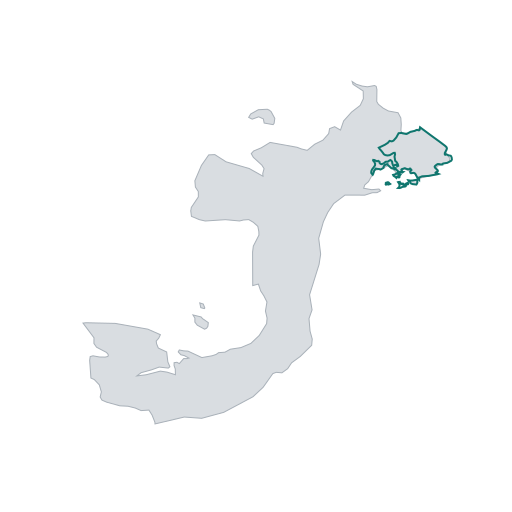 where Bocas del Toro sits in Panama, rotated 127°
{"feature_id": "PAN-1958", "entity_name": "Bocas del Toro", "entity_type": "Province", "adm_level": 1, "iso_a3": "PAN", "parent_name": "Panama", "parent_adm1": "", "projection": "natural_earth1", "projection_center": [-82.341, 9.206], "detail": "fine", "context": "in_parent", "style": "outline", "palette": "teal", "viewbox_px": 512, "rotation_deg": 127, "n_neighbors": 0, "source": "natural_earth", "source_scale": "10m", "svg_char_len": 6360}
<svg xmlns="http://www.w3.org/2000/svg" viewBox="0 0 512 512"><g transform="rotate(127 256 256)"><path d="M450.9,235.6L449.6,236.7L445.6,243.2L443.5,248.8L448.6,254.7L450.1,261.0L453.0,267.8L457.6,274.6L462.6,287.3L463.8,292.3L462.4,295.6L457.6,297.7L453.2,303.6L452.0,310.8L452.8,314.4L439.5,326.0L436.1,327.9L433.8,326.1L430.9,320.3L427.5,315.6L425.6,314.0L424.6,313.9L423.5,315.0L423.0,317.5L424.8,328.4L423.4,332.8L418.8,336.2L413.7,353.8L411.6,351.6L394.5,327.8L379.5,298.3L376.4,285.0L380.3,284.2L384.0,284.5L386.0,282.5L388.3,278.6L386.4,269.6L393.6,262.7L396.3,258.1L398.3,258.6L403.0,266.5L409.9,271.0L418.3,277.5L423.5,279.0L416.9,272.2L405.5,263.1L402.3,257.2L399.3,248.9L394.8,252.5L392.8,255.5L390.5,257.2L388.5,255.2L388.1,252.5L381.4,252.0L379.7,249.6L377.9,248.2L378.7,253.4L380.1,256.5L379.4,260.4L377.2,260.7L375.3,256.7L372.9,253.1L369.7,238.1L362.1,231.0L358.6,228.6L355.7,227.7L351.5,222.9L345.9,220.4L338.2,212.9L328.9,207.5L317.5,205.6L303.6,206.8L298.9,209.8L295.8,213.5L294.3,215.3L286.1,219.6L283.0,225.9L281.1,231.2L277.0,237.2L281.6,240.8L254.9,261.1L249.7,264.1L237.6,266.2L234.9,268.3L231.2,272.4L230.7,278.5L231.3,283.7L234.8,287.7L237.9,290.2L245.4,302.3L258.6,317.6L261.1,323.2L263.2,331.4L259.2,335.3L256.1,336.9L243.5,337.6L239.2,340.9L237.4,345.9L232.7,350.1L216.5,354.1L203.7,354.6L199.8,349.9L198.8,336.6L190.2,314.0L188.1,298.4L186.0,300.3L181.4,302.1L179.9,306.0L178.8,317.5L177.1,321.4L173.6,321.1L166.4,316.9L156.8,313.1L144.5,288.7L143.2,284.2L140.8,278.7L131.4,276.4L123.3,272.3L114.5,271.6L110.0,273.9L105.4,271.0L104.6,264.3L95.4,267.3L83.6,266.3L73.0,263.4L65.8,264.9L59.7,269.7L60.5,281.8L58.8,284.2L58.5,279.3L56.4,273.5L53.8,268.8L48.5,263.9L48.2,262.1L50.3,259.6L60.0,252.5L61.2,249.6L61.4,243.4L60.5,237.5L56.1,228.8L58.6,223.4L63.6,219.1L68.7,215.7L69.6,214.2L68.6,211.3L65.6,208.1L58.6,202.7L54.4,202.3L54.3,186.7L54.5,170.1L55.5,168.5L58.1,167.5L60.2,165.0L61.3,160.0L64.4,158.3L69.9,162.1L75.5,165.4L77.9,164.3L79.6,162.7L80.9,161.1L81.3,159.6L85.8,164.0L95.0,171.8L95.5,175.7L94.7,179.4L97.2,190.0L102.0,191.5L106.8,189.5L108.0,191.4L107.1,193.4L104.6,195.6L104.0,204.7L111.9,208.9L115.9,212.7L128.9,210.9L133.8,211.9L137.1,210.8L133.4,203.5L128.5,198.1L128.9,195.7L132.6,197.5L135.5,201.2L141.9,205.7L153.8,221.6L167.4,225.5L178.1,224.9L188.1,222.8L204.1,216.6L215.6,205.5L224.9,200.5L254.7,189.9L265.3,178.8L269.8,177.4L274.1,176.0L283.5,167.6L288.5,161.1L293.8,157.8L309.6,160.2L319.9,163.3L326.9,162.9L333.7,165.0L336.7,169.8L339.8,171.8L356.5,171.3L370.2,173.7L400.3,187.7L418.3,201.7L427.8,216.4L450.9,235.6ZM149.7,345.3L145.8,345.7L137.8,342.2L132.0,335.3L131.5,333.1L131.6,330.8L134.8,323.8L139.1,321.4L140.8,321.4L144.9,329.5L142.1,332.6L143.2,337.6L149.0,341.4L149.7,345.3ZM342.4,267.4L341.0,270.9L337.7,263.1L338.2,261.0L337.9,254.0L341.1,252.1L343.4,252.0L345.4,253.0L346.6,261.3L345.6,265.0L342.4,267.4ZM104.8,175.8L104.0,179.6L98.5,172.7L101.8,171.5L102.9,171.7L104.8,175.8ZM330.5,269.0L327.3,272.7L326.1,269.2L328.3,265.6L329.1,265.6L330.5,269.0Z" fill="#d9dde1" stroke="#a8b0b8" stroke-width="1"/><path d="M62.4,157.4L66.5,159.3L69.5,162.2L70.2,162.5L70.7,162.2L71.5,163.1L72.4,165.1L73.1,166.1L73.8,166.5L75.1,166.9L76.4,167.2L77.3,167.0L77.8,165.9L78.1,162.8L78.6,161.9L79.7,162.1L80.8,162.7L81.3,162.7L80.6,159.6L81.4,160.2L88.2,166.4L92.4,171.3L95.1,172.9L97.0,171.5L96.8,172.9L96.5,174.0L94.6,177.9L94.4,178.8L94.6,180.0L95.2,180.7L96.0,181.4L96.6,182.0L96.6,182.9L95.6,183.8L93.8,183.6L93.6,184.5L93.3,185.2L93.4,185.6L93.7,185.8L94.1,185.7L94.8,186.2L95.4,187.2L95.9,188.3L96.1,189.4L96.4,190.1L99.0,191.9L99.5,191.9L100.0,191.0L100.9,190.9L101.3,190.6L100.4,189.1L101.4,189.4L101.7,190.2L102.0,191.2L102.4,191.9L103.2,192.2L103.7,191.8L104.0,190.9L103.9,189.6L104.4,189.6L104.4,190.7L104.9,191.3L105.5,191.3L105.8,191.0L105.8,190.0L106.0,189.3L106.3,189.1L106.8,189.6L106.9,189.4L106.9,189.1L107.0,189.0L107.3,189.1L107.4,189.8L107.6,190.4L107.9,190.9L108.3,191.3L108.7,191.3L108.7,190.8L109.2,190.8L109.0,192.0L109.2,194.3L108.7,195.3L106.6,193.7L105.4,193.3L103.6,193.1L102.8,193.7L102.6,195.2L102.8,196.7L103.4,197.6L103.4,198.2L103.0,198.0L101.9,197.6L102.3,198.8L104.0,199.9L104.4,200.7L103.9,206.1L103.6,206.0L103.3,205.9L103.2,205.8L102.9,205.6L104.1,206.9L105.8,207.8L107.5,208.0L108.8,207.2L111.3,208.2L112.2,208.8L112.2,209.5L113.3,211.4L113.6,211.8L113.8,212.1L113.9,212.7L114.1,213.0L114.4,213.0L115.2,212.9L116.6,213.0L120.0,211.8L120.9,211.7L120.8,212.1L120.3,214.0L118.9,214.9L117.1,215.4L114.1,215.4L112.0,215.5L110.7,216.3L109.7,218.0L109.3,219.9L108.7,220.2L108.1,219.2L107.7,217.1L107.5,216.3L106.5,215.7L106.4,214.1L107.2,213.5L107.5,212.1L107.1,211.0L105.3,209.8L102.8,209.2L102.0,208.4L101.4,207.5L100.0,207.1L98.5,206.5L98.4,205.3L98.8,204.0L99.8,203.1L100.8,201.7L101.4,200.6L100.9,200.3L99.4,199.7L98.9,199.1L99.3,197.8L99.0,196.9L98.4,196.7L97.3,198.0L96.4,200.2L96.2,202.2L94.4,204.0L93.4,205.1L91.0,206.2L90.1,207.3L90.9,208.2L92.4,208.8L95.0,209.9L96.6,211.5L97.6,213.5L97.8,215.2L97.3,216.5L96.6,219.1L96.1,221.6L95.6,223.1L89.6,220.0L86.3,218.8L83.7,218.6L82.9,216.8L82.1,216.1L81.0,215.6L76.9,215.3L72.1,216.0L70.5,214.2L70.1,213.9L69.9,213.0L68.1,209.4L67.1,208.7L63.9,207.4L60.6,204.6L59.0,203.8L58.6,203.5L58.2,203.0L58.0,202.4L57.8,201.8L57.3,201.3L56.6,201.3L54.5,202.4L54.5,201.4L54.4,187.9L54.2,178.0L54.2,171.1L54.4,169.5L55.0,168.4L56.3,167.8L60.1,167.2L61.1,166.5L61.3,165.8L60.9,165.6L60.5,165.5L60.2,165.0L59.7,162.7L58.8,160.9L58.9,160.2L59.7,158.9L61.1,157.6L62.4,157.4ZM98.0,173.2L99.9,171.5L101.1,171.0L102.4,170.9L104.4,174.3L104.9,176.4L103.9,177.8L103.9,178.4L104.2,178.8L104.3,179.0L104.2,179.3L103.9,180.0L102.9,178.1L101.4,176.3L98.0,173.2ZM112.6,180.6L114.4,181.5L115.3,182.2L116.1,183.4L114.7,183.2L113.3,183.8L112.1,185.1L111.5,187.0L111.2,186.8L110.4,185.9L110.6,185.8L110.7,185.4L110.7,183.5L110.4,182.8L109.7,182.3L109.7,181.8L110.7,182.3L110.1,180.5L109.0,179.9L107.7,179.7L106.3,178.9L106.3,178.4L106.7,178.0L107.1,177.8L107.4,177.9L107.8,178.4L108.4,178.7L109.0,178.8L109.6,178.7L110.2,178.4L110.9,178.8L112.6,180.6ZM118.0,193.0L117.7,192.6L117.7,192.2L118.2,192.4L118.4,193.0L118.9,193.2L119.3,193.3L119.6,194.0L119.8,194.6L120.2,194.8L120.8,195.1L120.7,195.6L120.0,195.9L119.5,196.3L119.1,196.2L118.4,195.6L117.8,195.2L117.5,194.6L117.5,193.9L118.0,193.0Z" fill="none" stroke="#0f766e" stroke-width="2"/></g></svg>